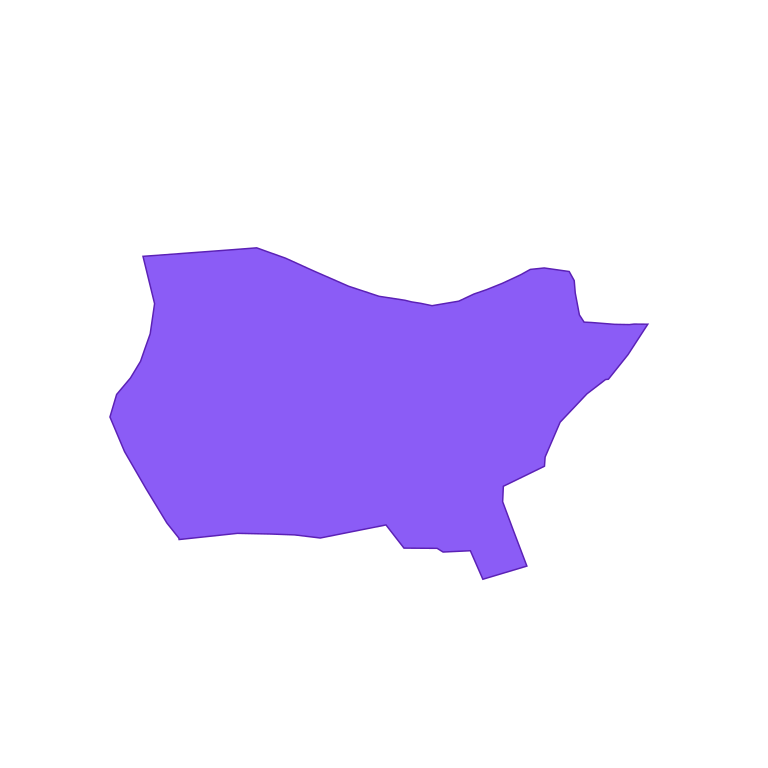 outline of Ekiti East, Ekiti, Nigeria, rotated 241°
{"feature_id": "59680162B97170897047692", "entity_name": "Ekiti East", "entity_type": "district", "adm_level": 2, "iso_a3": "NGA", "parent_name": "Nigeria", "parent_adm1": "Ekiti", "projection": "natural_earth1", "projection_center": [5.672, 7.718], "detail": "fine", "context": "isolated", "style": "filled", "palette": "violet", "viewbox_px": 768, "rotation_deg": 241, "n_neighbors": 0, "source": "geoboundaries", "source_scale": "gbopen_adm2", "svg_char_len": 951}
<svg xmlns="http://www.w3.org/2000/svg" viewBox="0 0 768 768"><g transform="rotate(241 384 384)"><path d="M347.3,129.4L324.4,183.5L307.4,212.7L295.4,232.6L280.2,253.6L259.8,317.4L230.8,321.9L214.5,350.8L208.4,354.2L196.3,378.7L165.3,375.8L155.5,420.7L193.0,426.1L223.5,430.7L236.7,438.8L234.3,484.5L242.0,489.5L265.2,519.5L277.0,556.7L280.5,579.9L279.4,582.6L291.4,611.7L308.4,643.7L315.2,631.7L317.0,627.4L324.4,614.6L337.2,595.3L341.1,589.0L349.7,588.4L370.9,595.4L382.2,600.5L392.6,600.5L407.8,580.4L413.3,567.5L413.3,556.3L414.7,536.2L416.8,519.4L419.1,506.3L420.2,489.6L429.2,464.0L436.7,455.3L442.4,448.0L447.1,442.9L463.1,422.2L486.6,400.5L515.0,378.8L521.4,374.0L541.9,358.8L555.5,346.8L564.8,338.7L575.5,315.3L612.5,235.1L565.5,222.3L541.2,203.8L530.6,191.8L521.9,182.1L512.2,165.2L504.5,145.1L488.0,128.3L450.6,124.3L407.8,125.1L367.7,126.7L348.6,129.9L348.0,129.6L347.3,129.4Z" fill="#8b5cf6" stroke="#5b21b6" stroke-width="1.5"/></g></svg>